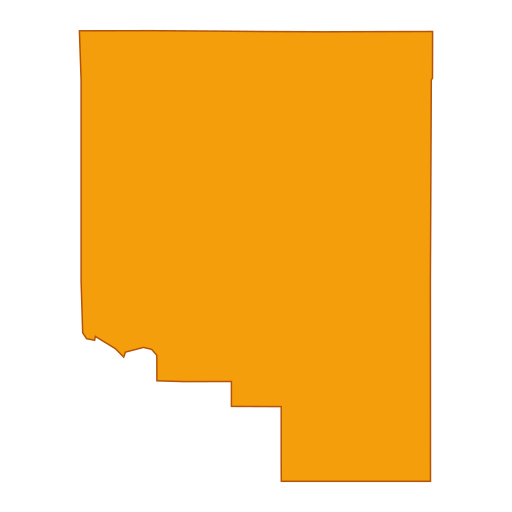 the district of Toole, Montana, United States of America
{"feature_id": "52423323B49252617334437", "entity_name": "Toole", "entity_type": "district", "adm_level": 2, "iso_a3": "USA", "parent_name": "United States of America", "parent_adm1": "Montana", "projection": "mercator", "projection_center": [-111.838, 48.609], "detail": "fine", "context": "isolated", "style": "filled", "palette": "amber", "viewbox_px": 512, "rotation_deg": 0, "n_neighbors": 0, "source": "geoboundaries", "source_scale": "gbopen_adm2", "svg_char_len": 509}
<svg xmlns="http://www.w3.org/2000/svg" viewBox="0 0 512 512"><path d="M82.7,332.8L86.6,338.7L94.6,340.3L95.3,336.4L115.4,348.7L123.7,357.1L125.5,352.1L143.5,347.4L151.7,349.4L156.8,355.3L156.9,380.8L183.8,381.6L231.4,381.5L231.4,406.4L281.2,406.6L281.2,464.8L281.3,481.3L379.4,481.3L430.5,481.3L430.4,281.5L431.3,79.9L432.5,78.2L432.6,31.5L391.6,31.6L323.3,31.8L260.2,31.5L216.1,31.1L152.0,30.7L79.4,30.8L81.1,80.0L81.1,239.6L81.1,281.5L82.7,332.8Z" fill="#f59e0b" stroke="#b45309" stroke-width="1.5"/></svg>